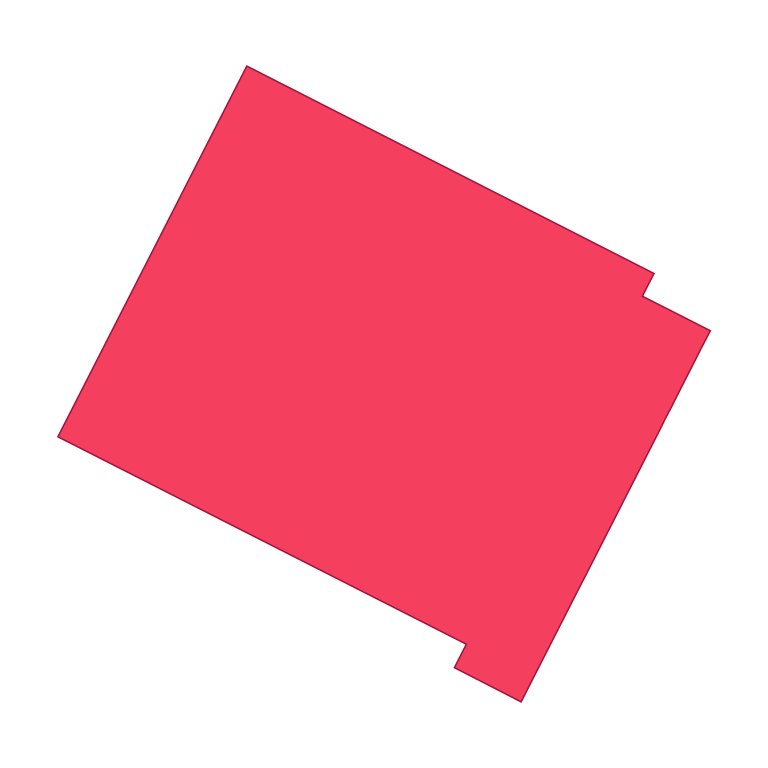 the district of Nowata, Oklahoma, United States of America, rotated 117°
{"feature_id": "52423323B4751311767489", "entity_name": "Nowata", "entity_type": "district", "adm_level": 2, "iso_a3": "USA", "parent_name": "United States of America", "parent_adm1": "Oklahoma", "projection": "robinson", "projection_center": [-95.646, 36.798], "detail": "fine", "context": "isolated", "style": "filled", "palette": "rose", "viewbox_px": 768, "rotation_deg": 117, "n_neighbors": 0, "source": "geoboundaries", "source_scale": "gbopen_adm2", "svg_char_len": 531}
<svg xmlns="http://www.w3.org/2000/svg" viewBox="0 0 768 768"><g transform="rotate(117 384 384)"><path d="M188.4,117.4L188.5,193.6L163.0,193.6L163.0,439.0L163.0,650.6L579.1,650.6L578.5,192.5L604.8,192.5L605.0,117.5L604.9,117.5L490.7,117.5L478.8,117.5L465.7,117.4L422.6,117.4L380.3,117.4L376.1,117.4L366.9,117.4L360.6,117.4L323.0,117.4L312.3,117.4L298.6,117.4L287.4,117.6L272.3,117.4L267.4,117.5L263.9,117.5L237.7,117.5L232.7,117.5L217.9,117.5L208.2,117.6L188.4,117.4Z" fill="#f43f5e" stroke="#9f1239" stroke-width="1.5"/></g></svg>